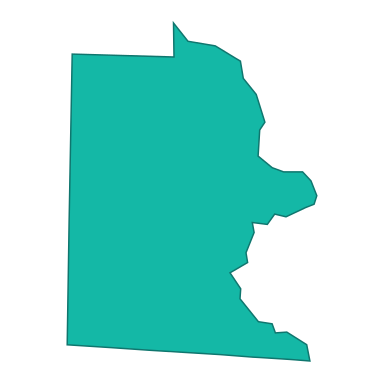 the district of Brooks, Georgia, United States of America
{"feature_id": "52423323B17696390858849", "entity_name": "Brooks", "entity_type": "district", "adm_level": 2, "iso_a3": "USA", "parent_name": "United States of America", "parent_adm1": "Georgia", "projection": "natural_earth1", "projection_center": [-83.482, 30.858], "detail": "fine", "context": "isolated", "style": "filled", "palette": "teal", "viewbox_px": 384, "rotation_deg": 0, "n_neighbors": 0, "source": "geoboundaries", "source_scale": "gbopen_adm2", "svg_char_len": 694}
<svg xmlns="http://www.w3.org/2000/svg" viewBox="0 0 384 384"><path d="M67.2,344.8L109.3,347.5L111.0,347.6L150.2,350.3L220.5,354.6L252.5,357.1L258.1,357.4L264.7,357.8L289.5,359.4L296.2,359.9L309.9,361.0L306.7,344.7L286.8,332.1L275.4,332.9L272.1,323.8L258.4,321.7L240.0,298.8L240.7,288.8L230.0,272.8L247.6,262.5L246.0,252.7L254.1,232.5L252.3,222.5L267.3,224.4L274.7,214.1L286.0,216.8L305.5,207.6L314.1,204.2L316.8,195.7L311.0,180.9L302.6,171.9L283.6,171.9L272.2,167.7L258.1,156.1L259.7,130.0L264.9,122.2L256.2,94.4L243.3,78.4L240.4,61.1L235.8,58.4L215.3,45.9L188.0,41.3L173.5,23.0L174.0,57.0L72.2,54.1L69.1,222.4L68.2,280.7L67.2,344.8Z" fill="#14b8a6" stroke="#0f766e" stroke-width="1.5"/></svg>